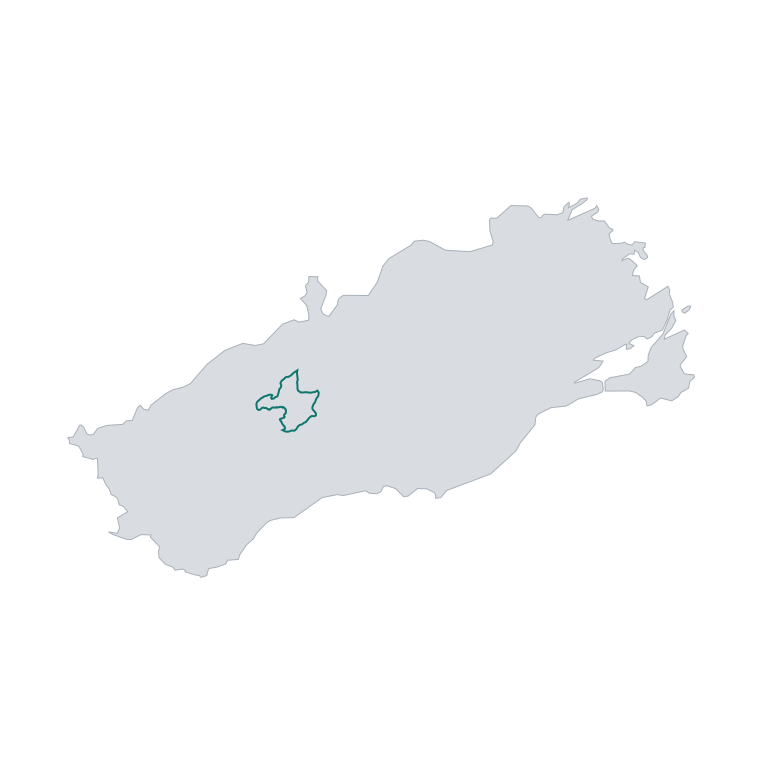 Turkey, with Malatya highlighted, rotated 157°
{"feature_id": "TUR-2284", "entity_name": "Malatya", "entity_type": "Province", "adm_level": 1, "iso_a3": "TUR", "parent_name": "Turkey", "parent_adm1": "", "projection": "natural_earth1", "projection_center": [38.295, 38.485], "detail": "fine", "context": "in_parent", "style": "outline", "palette": "teal", "viewbox_px": 768, "rotation_deg": 157, "n_neighbors": 0, "source": "natural_earth", "source_scale": "10m", "svg_char_len": 5568}
<svg xmlns="http://www.w3.org/2000/svg" viewBox="0 0 768 768"><g transform="rotate(157 384 384)"><path d="M586.6,279.4L596.8,282.9L600.1,280.3L609.3,280.7L617.6,282.6L622.1,276.9L627.9,277.5L629.1,280.4L631.8,281.5L640.5,288.8L639.6,289.7L641.7,292.4L649.1,294.2L649.9,297.9L655.7,303.4L658.9,311.9L657.2,317.9L654.1,321.6L658.9,334.5L657.5,336.1L666.6,340.3L677.9,339.6L681.5,341.5L692.6,351.6L695.4,355.6L687.8,350.7L683.6,354.9L681.7,364.9L669.7,366.7L671.7,373.2L675.0,376.2L674.0,382.4L674.9,384.8L678.3,388.9L677.9,394.4L679.4,400.2L679.5,407.3L684.6,409.4L682.4,412.6L677.1,426.8L677.5,428.0L681.2,428.3L689.7,434.9L688.3,437.1L689.4,446.2L696.8,452.2L695.6,455.2L695.9,458.2L690.7,456.8L680.1,465.0L678.9,464.7L677.4,461.9L676.9,453.8L674.4,451.7L671.0,451.2L665.2,454.9L659.9,454.7L654.7,454.0L640.6,449.0L635.5,450.7L630.1,448.8L619.8,458.8L616.6,459.6L615.0,454.6L611.3,451.9L606.7,455.6L588.8,460.4L580.5,461.2L570.4,459.6L562.0,460.0L539.4,471.2L517.6,477.1L498.1,476.6L487.4,469.7L479.1,468.1L454.1,478.7L441.9,478.3L437.8,474.0L428.5,472.2L426.4,476.3L424.4,486.3L427.6,495.5L422.3,496.0L419.0,498.1L418.0,504.9L413.2,507.7L411.5,511.9L410.6,512.0L402.9,508.5L405.0,505.2L400.3,492.4L402.7,488.4L412.9,478.0L412.7,472.0L408.4,467.7L395.5,475.4L394.3,478.3L391.4,480.6L386.6,481.5L363.9,471.6L350.4,480.3L338.9,493.0L330.2,497.6L304.8,501.2L300.3,503.6L291.7,501.0L286.6,497.5L275.1,483.1L253.2,472.2L229.9,469.6L227.8,472.4L226.7,483.5L222.7,494.0L220.8,495.1L215.7,492.5L197.5,498.7L182.3,491.8L179.8,488.8L176.6,476.6L174.4,475.7L171.9,477.4L169.3,477.4L158.4,472.1L152.5,471.8L148.8,476.9L142.9,479.0L142.8,477.6L145.2,474.2L135.9,474.9L130.9,477.4L124.3,475.9L124.8,474.5L130.3,472.8L142.7,470.9L150.8,462.9L121.3,463.3L118.4,465.0L118.1,460.8L119.8,458.9L127.6,457.3L127.3,453.8L122.6,450.1L117.5,448.1L115.5,439.3L113.0,437.1L113.3,435.9L118.2,434.3L119.4,427.9L118.8,423.9L109.5,420.5L107.3,420.8L105.1,417.4L101.1,414.9L97.7,417.0L88.4,411.7L90.3,407.9L92.6,408.0L93.2,405.0L91.5,400.1L91.8,397.5L93.9,396.8L96.3,397.3L98.5,400.3L98.6,405.9L101.1,409.3L102.9,405.9L107.3,407.8L115.1,406.1L116.7,404.6L110.9,404.7L108.9,403.3L104.6,394.0L109.5,391.3L113.1,386.8L106.7,383.7L108.2,377.4L102.8,370.2L110.7,361.0L110.4,359.7L108.0,359.1L84.5,363.0L84.3,358.9L86.2,355.3L86.4,346.5L87.7,341.7L92.0,340.3L97.6,333.2L106.5,324.9L115.4,325.1L119.1,322.8L124.4,322.7L125.8,325.9L130.4,328.2L138.6,327.9L142.6,325.7L139.0,321.6L143.7,320.3L147.4,321.3L145.2,325.8L146.3,326.2L157.0,324.8L168.0,325.9L180.3,325.4L181.9,324.0L173.4,319.5L179.0,315.6L182.2,314.8L208.0,311.2L208.2,310.3L192.5,308.3L184.5,303.0L182.4,300.2L184.2,293.3L186.0,291.5L191.7,291.2L210.9,294.3L224.8,292.5L239.7,297.0L254.2,296.1L257.2,294.1L261.0,287.5L281.6,276.5L288.8,270.8L320.7,259.6L368.0,261.5L376.3,257.2L381.1,258.7L379.8,261.5L380.0,264.2L385.6,270.8L394.0,274.7L405.7,271.4L410.0,272.7L414.0,283.1L421.3,289.3L424.7,289.8L429.1,286.1L433.4,285.7L440.3,289.3L442.7,293.0L465.3,297.3L470.0,300.4L485.3,303.6L519.2,296.2L531.6,301.2L542.0,302.8L546.5,302.1L560.1,296.1L564.4,292.7L572.9,289.9L583.5,283.2L586.6,279.4ZM150.4,261.0L149.4,265.7L151.2,270.8L155.7,277.9L160.4,281.5L183.1,291.1L179.5,300.2L173.7,301.5L154.2,297.2L146.0,300.9L140.3,299.9L132.2,301.6L129.7,307.0L123.9,313.2L107.8,321.0L92.7,336.2L88.5,338.2L90.6,333.0L90.6,328.4L97.1,323.1L106.2,319.1L108.6,315.7L86.3,316.3L84.3,311.6L86.7,310.7L94.2,302.3L95.1,299.0L94.7,290.8L103.7,286.1L104.5,284.1L103.5,276.0L95.2,271.3L95.6,269.0L101.6,266.8L105.2,261.2L114.0,260.1L118.2,257.4L125.7,256.0L134.8,263.0L146.1,260.3L150.4,261.0ZM81.0,335.7L73.5,337.0L71.2,335.7L73.7,333.3L79.5,331.6L81.3,334.0L81.0,335.7Z" fill="#d9dde1" stroke="#a8b0b8" stroke-width="1"/><path d="M477.7,379.2L479.8,378.6L482.2,376.8L484.7,376.0L487.3,377.3L490.4,377.4L491.9,378.0L493.3,378.8L495.4,381.2L493.0,381.3L492.2,382.5L492.2,384.2L492.7,385.2L493.1,386.4L493.3,388.9L493.3,389.8L493.7,391.1L493.5,391.3L493.6,391.9L493.5,392.3L493.1,392.4L489.5,392.1L488.7,392.2L488.3,392.7L488.5,393.4L488.3,394.1L487.9,394.7L487.5,395.0L486.7,395.1L486.0,395.5L485.5,396.0L485.2,396.7L485.0,397.1L484.8,397.8L484.3,398.7L484.4,399.0L484.6,399.2L484.7,399.6L484.8,400.3L485.1,401.1L485.5,401.8L486.1,402.3L486.4,401.9L486.8,402.1L487.4,402.8L487.8,403.2L488.2,403.5L488.6,403.6L490.5,403.8L491.4,404.0L491.6,404.1L492.1,404.7L492.3,404.6L492.5,404.5L492.8,404.5L495.4,405.8L496.4,405.9L498.4,405.2L499.4,405.0L500.2,405.6L500.0,405.9L500.8,406.5L501.1,406.7L501.8,408.0L502.7,408.3L503.3,408.6L504.3,409.5L505.4,409.7L508.1,408.8L509.4,409.0L510.0,409.6L510.4,410.5L510.5,411.4L509.4,415.2L508.0,416.9L506.2,417.7L504.8,418.0L503.4,418.7L502.6,418.9L501.6,418.9L499.2,419.4L496.9,419.0L494.6,419.1L492.7,418.5L492.1,418.2L491.6,417.9L491.3,417.1L492.0,416.6L493.3,415.4L493.1,414.1L491.2,413.7L489.3,414.3L487.0,414.3L484.6,417.0L482.5,420.0L480.0,421.4L479.1,423.0L479.0,425.2L477.0,427.0L474.3,427.6L473.1,428.2L471.9,428.6L470.5,428.4L469.1,427.9L466.1,428.3L463.2,429.5L458.5,430.4L459.9,428.0L461.6,422.0L462.4,420.7L462.9,420.2L463.5,419.3L463.7,418.0L465.5,413.4L465.7,411.7L464.1,408.9L461.5,407.7L459.3,407.1L455.1,404.7L450.2,403.6L449.6,403.7L448.4,404.0L447.8,403.9L447.4,401.5L449.4,398.4L451.3,397.5L453.0,396.0L454.6,394.1L455.4,393.8L456.8,392.9L459.1,390.5L459.6,388.9L459.5,388.0L459.1,387.2L458.5,385.3L458.2,383.4L458.9,381.8L460.3,381.4L463.1,382.8L465.8,382.2L467.0,381.5L468.3,380.9L469.4,380.2L470.6,379.6L473.2,379.5L474.3,379.1L475.5,378.9L477.7,379.2Z" fill="none" stroke="#0f766e" stroke-width="2"/></g></svg>